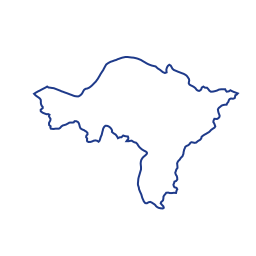 outline of Alfenas, Minas Gerais, Brazil, rotated 283°
{"feature_id": "56859067B80403864608636", "entity_name": "Alfenas", "entity_type": "district", "adm_level": 2, "iso_a3": "BRA", "parent_name": "Brazil", "parent_adm1": "Minas Gerais", "projection": "robinson", "projection_center": [-45.986, -21.364], "detail": "fine", "context": "isolated", "style": "outline", "palette": "blue", "viewbox_px": 256, "rotation_deg": 283, "n_neighbors": 0, "source": "geoboundaries", "source_scale": "gbopen_adm2", "svg_char_len": 5010}
<svg xmlns="http://www.w3.org/2000/svg" viewBox="0 0 256 256"><g transform="rotate(283 128 128)"><path d="M150.2,39.9L149.1,38.8L148.0,37.5L146.9,36.2L145.7,34.8L144.6,33.6L143.7,32.4L142.7,31.3L141.6,30.1L140.2,28.8L139.0,30.6L138.3,32.2L137.6,34.0L136.9,35.5L136.0,36.5L134.8,37.0L132.9,37.4L131.5,38.0L130.2,39.0L129.3,40.2L128.1,40.4L127.1,39.5L126.0,38.8L124.6,39.3L123.7,41.4L123.3,43.8L123.1,45.6L123.6,47.1L123.3,48.5L121.7,48.3L120.6,49.3L119.4,50.5L117.7,50.6L116.4,50.2L115.1,49.9L113.1,50.5L112.3,52.2L111.1,52.2L110.0,52.9L110.1,54.3L110.3,55.7L111.0,57.4L111.4,58.9L111.8,60.8L112.9,61.9L114.5,62.7L115.8,63.9L116.6,65.4L117.4,66.8L118.2,67.7L119.1,68.7L120.0,69.6L120.4,70.8L120.7,72.3L121.2,73.8L122.6,74.4L123.0,76.0L122.6,77.8L121.6,79.0L119.9,80.0L118.3,80.8L116.9,81.9L116.2,84.0L116.1,85.4L115.6,86.6L115.1,88.2L114.1,89.6L112.6,90.0L111.3,89.2L109.7,89.2L108.5,90.6L107.0,90.7L105.8,91.3L105.5,92.7L106.0,94.6L107.0,96.3L107.9,97.4L108.6,99.1L108.6,100.9L108.0,102.4L109.2,103.1L110.8,103.3L112.6,103.4L114.0,103.6L115.3,103.9L117.0,103.9L118.7,103.9L120.0,104.0L121.1,103.9L122.4,104.1L123.9,104.6L125.1,105.5L125.4,106.9L125.3,108.2L124.9,109.6L124.3,110.7L123.5,111.8L122.1,113.0L120.6,113.2L119.6,115.1L118.9,117.3L117.9,118.6L116.9,119.6L115.8,120.5L117.1,122.1L117.5,123.7L118.5,124.3L119.6,125.0L119.4,126.7L119.5,128.4L119.7,129.8L118.3,130.6L117.0,130.7L115.9,129.9L114.8,129.5L115.3,131.7L115.9,132.9L116.5,134.4L115.8,136.2L115.5,137.5L115.5,139.1L114.5,140.7L113.3,141.8L112.0,143.3L111.1,144.8L110.2,146.6L109.5,148.8L109.1,150.6L108.4,151.9L107.3,152.2L106.2,151.7L104.9,150.8L103.5,149.7L102.4,149.0L101.1,148.5L99.7,148.1L98.1,148.1L96.4,148.3L94.8,148.8L93.4,149.3L91.9,149.7L90.4,150.0L89.2,149.9L87.6,149.8L85.5,149.7L83.9,149.6L82.4,149.5L80.9,149.5L79.3,149.7L78.0,149.9L76.4,150.1L74.8,150.5L73.5,151.3L72.3,152.0L70.9,152.5L69.6,153.4L68.3,154.3L67.2,155.2L66.1,156.0L65.0,156.6L63.7,157.3L62.6,158.0L61.5,158.9L60.3,159.7L59.5,160.6L58.7,161.7L58.9,163.3L60.3,164.8L61.0,166.3L60.7,167.9L60.1,169.5L59.6,170.9L59.0,172.0L58.1,173.0L57.5,174.3L57.1,175.8L57.1,178.0L57.4,180.0L58.3,180.8L59.6,180.1L60.6,178.6L61.9,176.8L63.4,177.0L64.5,177.9L65.5,178.4L67.4,178.3L69.2,178.0L70.7,178.5L72.2,179.3L73.5,179.8L74.1,181.7L74.0,183.4L74.5,185.5L75.2,187.3L75.5,189.4L76.8,189.4L78.2,189.4L79.4,189.8L80.6,188.7L80.7,186.6L81.8,185.6L83.0,185.0L84.8,185.3L86.2,185.3L87.2,186.8L88.9,187.6L90.7,187.1L92.2,186.3L93.0,185.4L94.1,184.6L95.1,184.1L96.6,184.3L98.4,184.4L100.2,185.2L101.7,184.8L102.9,184.4L104.6,183.8L106.3,184.1L107.7,184.7L108.8,185.5L110.1,185.9L111.5,186.6L112.6,187.4L114.0,187.6L115.3,187.8L116.8,187.6L118.1,187.6L119.7,187.6L121.0,187.9L122.6,188.1L123.7,189.1L124.7,190.5L126.2,191.6L127.6,192.1L128.4,193.0L128.5,194.4L128.5,196.2L129.2,197.8L130.7,198.8L131.6,199.7L132.8,201.0L134.3,201.7L136.0,201.7L137.2,202.6L138.7,204.0L139.8,205.3L141.0,206.5L142.2,207.8L143.2,208.5L144.8,209.4L146.6,211.0L147.8,212.2L149.2,212.7L150.6,211.8L151.8,211.0L153.0,209.8L154.5,209.7L156.4,210.1L156.8,212.7L157.7,213.7L159.0,214.5L160.4,214.6L161.6,213.9L163.2,212.8L164.8,212.0L166.4,211.4L168.1,212.0L169.4,213.1L170.9,214.2L171.8,215.6L172.5,217.2L172.9,218.8L174.5,219.1L176.1,219.9L177.8,220.0L179.0,220.5L179.9,221.7L180.1,223.7L181.1,225.2L182.4,225.3L184.0,225.2L185.0,226.4L186.4,227.2L186.7,224.9L187.0,222.6L187.4,220.7L187.8,219.3L186.4,218.0L185.6,216.0L186.5,214.8L187.6,214.0L187.2,212.3L186.7,210.1L185.9,208.0L184.5,206.3L183.5,204.5L182.6,202.6L182.0,200.6L182.6,199.0L183.4,198.1L184.2,197.1L185.0,195.9L184.6,193.9L185.3,192.1L184.0,190.8L182.5,190.7L181.2,190.2L180.1,188.9L180.2,187.4L180.7,186.2L182.0,184.7L182.8,183.0L183.3,181.4L183.6,179.9L184.1,178.2L185.1,177.2L186.2,177.0L187.9,177.0L189.4,176.4L190.6,175.2L191.6,174.1L192.3,173.1L192.8,171.8L193.3,170.1L193.6,167.6L193.9,165.6L194.1,164.0L194.4,162.5L194.6,161.2L194.9,159.5L195.8,157.9L197.1,156.8L198.4,155.6L198.9,154.0L197.5,152.9L195.9,152.4L193.8,152.2L192.3,152.6L190.9,153.1L189.9,151.6L190.3,149.3L191.1,147.7L191.7,146.5L192.2,145.2L192.6,143.9L193.4,142.4L194.2,141.1L194.2,139.5L194.2,137.1L194.5,134.7L194.8,133.1L195.2,131.5L195.8,129.7L196.4,127.7L197.2,125.3L197.5,123.4L197.7,122.1L197.8,120.6L197.8,117.7L197.5,115.7L197.3,113.8L197.1,111.7L196.6,109.5L195.9,108.0L195.2,106.5L194.3,105.0L193.5,103.8L192.8,102.6L191.6,101.1L190.8,99.6L190.1,98.6L189.4,97.5L188.7,96.3L187.8,95.2L186.6,93.9L185.0,92.5L183.1,91.9L181.6,91.5L180.2,91.1L178.8,90.8L177.1,90.1L175.4,89.5L174.3,89.1L172.8,88.7L171.3,88.2L170.0,87.8L168.8,87.4L167.5,86.8L166.0,86.2L164.6,85.3L163.1,84.4L161.3,83.3L159.7,82.1L158.4,80.9L157.3,79.4L156.6,77.8L155.4,76.7L154.0,76.2L152.4,75.8L151.1,75.4L149.7,74.6L148.4,73.5L147.6,72.5L147.3,71.0L147.1,69.0L147.2,67.6L147.5,65.7L147.7,63.9L148.0,61.9L148.2,60.4L148.4,58.4L148.7,56.4L148.8,55.0L149.1,53.7L149.4,51.6L149.8,48.9L150.1,46.7L149.9,44.9L149.8,43.2L149.6,41.4L150.2,39.9Z" fill="none" stroke="#1e3a8a" stroke-width="2"/></g></svg>